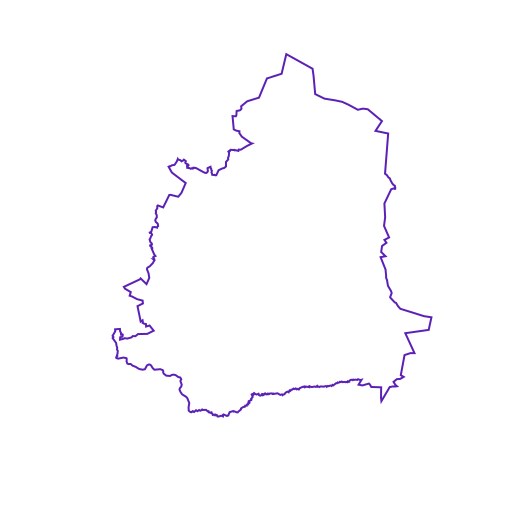 outline of Ahuacuotzingo, Guerrero, Mexico, rotated 250°
{"feature_id": "50627088B95956729809463", "entity_name": "Ahuacuotzingo", "entity_type": "district", "adm_level": 2, "iso_a3": "MEX", "parent_name": "Mexico", "parent_adm1": "Guerrero", "projection": "robinson", "projection_center": [-98.997, 17.77], "detail": "fine", "context": "isolated", "style": "outline", "palette": "violet", "viewbox_px": 512, "rotation_deg": 250, "n_neighbors": 0, "source": "geoboundaries", "source_scale": "gbopen_adm2", "svg_char_len": 6114}
<svg xmlns="http://www.w3.org/2000/svg" viewBox="0 0 512 512"><g transform="rotate(250 256 256)"><path d="M138.4,399.9L142.0,393.3L157.0,373.6L160.5,372.2L164.0,371.6L165.0,370.5L170.9,368.0L171.5,368.0L174.7,370.8L176.9,370.9L182.9,369.8L188.6,370.9L191.2,370.8L192.5,371.4L199.0,373.1L212.3,372.7L211.5,377.6L217.0,375.0L222.3,377.9L223.8,383.1L227.2,382.2L227.9,387.4L240.5,386.6L248.2,390.6L261.4,394.6L272.5,405.9L272.4,408.6L271.8,409.4L270.8,409.4L272.7,410.3L273.7,410.2L274.6,410.5L275.8,409.5L277.8,408.8L281.2,408.3L283.2,408.3L284.4,407.4L287.3,406.6L289.2,405.4L325.9,422.1L332.7,411.1L339.7,420.5L355.7,411.2L357.9,406.9L358.6,401.7L366.7,394.5L371.4,389.7L375.2,383.6L380.5,374.1L387.9,367.0L405.6,371.7L412.6,373.2L435.3,353.5L418.5,342.4L419.1,327.0L403.8,313.0L404.4,300.7L401.8,293.3L399.4,292.7L398.6,291.4L398.4,290.4L398.9,287.4L394.8,285.6L394.2,284.9L395.5,281.8L382.6,278.4L380.5,280.4L378.9,283.1L377.2,282.4L373.0,283.5L363.8,289.8L363.1,290.8L362.5,285.2L361.1,278.1L361.9,276.1L360.8,275.4L362.5,272.9L362.4,272.3L363.3,271.7L363.3,271.0L364.5,268.4L363.7,267.5L364.0,267.1L363.8,266.1L363.5,265.7L362.6,266.1L361.0,265.5L358.9,264.4L358.0,263.4L356.2,262.9L354.7,260.0L350.4,258.4L349.6,256.2L349.8,254.1L349.4,250.2L345.5,246.3L345.7,245.4L346.5,244.8L346.5,244.1L347.3,242.6L348.3,242.9L349.6,242.7L351.2,243.7L352.0,243.4L353.6,243.8L354.3,243.4L355.4,243.7L355.2,240.6L354.4,240.2L352.9,240.1L351.8,239.5L351.0,237.9L351.6,236.5L352.8,235.3L359.4,229.5L359.5,228.8L360.3,227.9L359.7,226.6L360.5,226.1L360.2,225.6L360.4,224.3L361.3,223.7L361.7,222.6L362.4,222.4L362.4,221.6L364.2,221.9L364.6,222.6L364.2,223.4L364.4,223.7L365.7,223.2L366.3,222.2L367.8,221.4L369.1,222.5L371.2,221.2L370.6,220.0L370.7,219.2L370.4,218.5L372.1,217.5L373.2,215.8L373.9,215.7L371.8,213.8L369.5,210.6L370.0,207.7L369.6,206.3L369.9,205.3L369.8,204.4L363.6,205.4L362.5,205.9L348.6,214.9L340.8,207.5L338.3,203.2L342.7,196.6L343.0,195.4L333.4,185.4L337.1,181.0L336.6,180.2L334.6,179.6L332.9,177.3L331.2,177.1L330.5,176.4L328.4,176.7L326.2,176.0L325.2,174.5L323.9,173.5L322.3,173.5L320.0,174.7L317.6,174.3L317.1,173.0L316.5,172.7L317.8,171.0L318.4,168.7L314.5,165.8L314.4,164.2L314.0,164.2L313.6,165.1L312.3,165.6L311.4,165.6L310.5,164.2L308.4,162.4L308.0,161.7L305.2,161.5L303.6,162.3L302.6,162.3L302.2,161.9L302.3,160.3L301.8,160.0L301.1,160.7L299.0,161.3L298.6,161.1L298.8,160.5L292.0,160.9L290.4,161.5L290.2,159.2L289.8,158.9L288.0,159.4L287.2,159.2L287.5,158.7L286.8,159.1L284.6,156.6L282.6,152.5L282.3,150.5L281.8,149.5L280.8,149.0L276.5,149.1L271.9,148.2L267.0,143.5L274.4,139.9L273.8,139.1L272.2,121.3L270.1,121.7L264.9,126.0L261.9,123.7L260.3,125.7L256.1,129.5L252.9,134.2L250.1,133.5L249.4,127.5L233.8,125.2L234.4,127.4L232.0,127.0L231.8,126.7L230.6,127.7L229.7,129.3L227.3,128.6L227.1,132.2L220.8,134.3L220.0,127.2L223.0,118.4L221.9,115.3L222.9,112.7L222.1,111.3L222.4,106.9L223.7,104.5L223.5,103.4L223.9,99.6L226.1,100.6L225.9,102.9L227.5,103.9L228.0,103.8L228.3,102.3L230.3,102.9L231.5,102.5L234.0,103.2L235.3,98.5L233.4,98.0L230.0,93.9L228.6,94.3L227.9,93.2L222.2,94.8L219.0,94.2L217.2,94.2L215.7,93.4L214.2,93.7L211.5,92.4L209.1,90.5L209.0,90.8L208.4,89.9L207.8,89.9L206.7,91.4L205.9,96.7L204.3,99.3L203.5,99.3L201.1,98.3L198.9,98.3L198.0,99.3L197.4,101.3L195.3,102.4L192.9,105.1L190.3,107.1L189.3,108.3L187.9,110.7L187.6,112.9L190.5,116.2L190.7,117.9L190.4,119.0L189.2,119.9L186.0,120.6L183.9,121.6L182.4,127.3L180.7,129.3L179.6,129.5L178.5,129.0L177.1,129.0L174.3,130.7L172.7,134.1L173.0,136.4L172.7,138.0L171.6,139.7L168.8,141.6L167.7,143.3L165.7,143.6L164.7,142.4L164.1,142.2L160.5,142.2L158.8,141.0L157.7,139.1L156.5,138.4L153.8,138.6L151.2,139.3L147.7,142.1L146.2,142.8L140.7,143.0L136.9,140.9L133.7,139.9L132.3,140.6L131.3,141.7L131.9,143.4L131.6,143.8L131.0,143.8L130.6,144.6L131.6,146.9L130.2,147.9L130.7,149.9L129.8,150.5L129.6,151.1L130.2,152.9L129.6,153.2L128.5,156.4L126.7,157.4L126.4,158.3L125.3,158.1L124.6,159.2L124.4,160.4L123.8,160.1L123.1,161.0L121.5,161.0L121.3,162.3L120.5,162.5L120.3,162.9L120.9,163.3L120.9,163.7L119.6,165.0L118.6,164.8L118.0,165.5L117.8,168.7L116.6,170.1L118.1,170.7L118.2,171.3L115.6,174.0L115.9,174.5L115.6,175.4L118.3,177.8L118.1,181.5L117.5,181.7L117.4,182.6L115.7,184.4L115.3,185.3L115.6,185.6L116.9,189.3L117.8,189.7L118.1,190.4L118.5,192.9L118.1,193.8L119.1,194.7L118.5,196.1L119.5,196.7L119.2,197.9L120.3,198.2L120.2,199.6L120.6,199.8L121.6,199.2L122.1,199.5L122.2,202.3L122.5,202.6L123.4,202.5L124.7,204.7L127.4,204.6L127.5,205.1L126.5,205.7L126.4,206.1L126.8,206.5L127.5,206.4L127.9,207.3L126.6,208.1L125.6,209.2L125.7,211.3L124.2,211.3L123.3,212.2L123.3,213.0L124.3,214.5L124.0,215.0L122.8,214.9L122.8,215.8L123.8,217.1L123.8,217.6L122.5,218.2L122.2,219.2L122.7,219.6L122.7,220.2L121.7,220.8L122.0,222.2L121.4,224.0L120.6,224.4L120.4,225.0L120.7,225.4L120.2,226.1L119.6,229.3L117.2,231.3L117.1,233.0L116.2,233.4L116.6,233.9L116.3,234.9L116.6,235.9L117.0,236.2L117.7,238.0L117.7,239.5L116.8,240.1L118.2,241.6L117.5,242.2L118.3,243.4L118.0,244.1L118.6,245.8L117.8,246.5L118.0,248.0L116.8,248.5L116.9,249.9L115.9,250.6L116.9,252.1L117.1,255.6L116.7,255.9L116.8,257.1L115.9,257.1L116.0,258.7L114.6,261.0L115.2,261.1L115.5,261.6L114.4,262.6L113.7,263.8L113.3,266.4L112.5,267.5L113.0,269.0L112.1,269.1L111.9,270.2L111.2,270.7L111.3,272.3L110.0,275.1L110.0,276.7L109.6,277.6L108.9,277.8L109.3,278.5L109.3,279.2L108.8,279.7L108.8,281.7L108.5,282.3L108.0,282.6L108.7,283.8L108.0,284.3L109.1,287.9L108.7,288.6L109.2,289.6L108.8,289.9L108.7,291.0L109.1,291.9L108.5,292.6L108.7,293.6L107.8,294.3L107.4,296.2L106.8,296.9L106.7,298.0L106.4,298.3L106.8,299.1L106.1,299.3L106.3,300.0L106.0,300.6L106.7,300.9L107.2,302.6L106.9,303.8L106.4,304.1L106.6,305.1L106.0,305.6L105.8,307.3L104.9,308.8L105.3,309.7L103.7,311.7L103.6,312.8L100.0,308.4L98.0,311.7L97.5,318.5L96.2,319.1L93.5,319.5L89.8,328.7L80.0,325.0L76.7,324.2L87.1,336.8L86.6,340.1L85.8,341.9L85.4,343.9L87.2,342.9L90.7,342.2L92.1,346.2L91.2,349.4L91.9,353.4L94.5,351.3L112.1,361.7L111.9,367.9L110.5,371.7L132.4,369.9L127.5,393.0L138.4,399.9Z" fill="none" stroke="#5b21b6" stroke-width="2"/></g></svg>